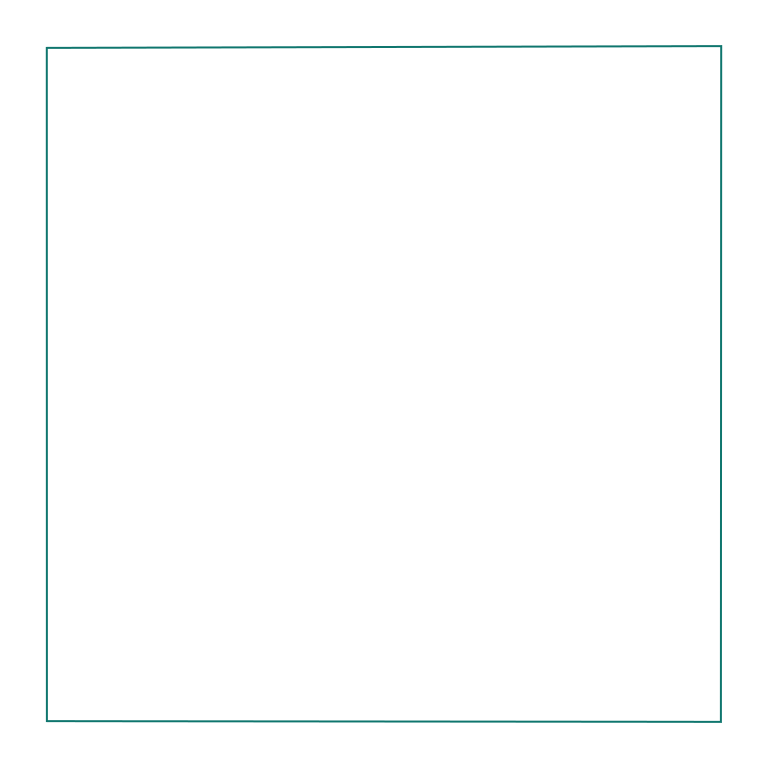 Ector, Texas, United States of America (Mercator projection)
{"feature_id": "52423323B50517740835867", "entity_name": "Ector", "entity_type": "district", "adm_level": 2, "iso_a3": "USA", "parent_name": "United States of America", "parent_adm1": "Texas", "projection": "mercator", "projection_center": [-102.506, 31.869], "detail": "fine", "context": "isolated", "style": "outline", "palette": "teal", "viewbox_px": 768, "rotation_deg": 0, "n_neighbors": 0, "source": "geoboundaries", "source_scale": "gbopen_adm2", "svg_char_len": 205}
<svg xmlns="http://www.w3.org/2000/svg" viewBox="0 0 768 768"><path d="M721.2,46.1L46.8,47.9L46.9,721.1L88.7,721.2L680.4,721.8L720.9,721.9L721.2,46.1Z" fill="none" stroke="#0f766e" stroke-width="2"/></svg>